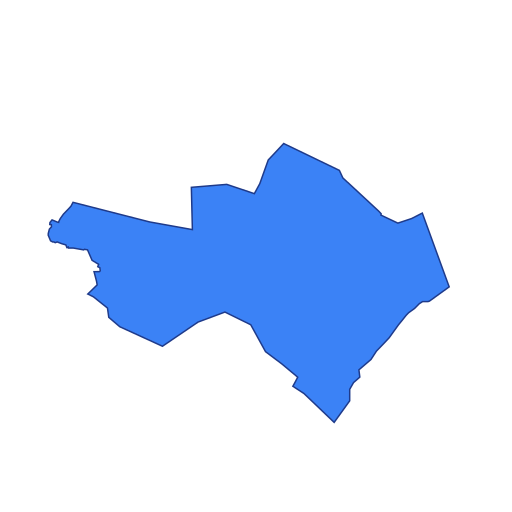 Santiago Tillo, Oaxaca, Mexico, rotated 224°
{"feature_id": "50627088B22600736926563", "entity_name": "Santiago Tillo", "entity_type": "district", "adm_level": 2, "iso_a3": "MEX", "parent_name": "Mexico", "parent_adm1": "Oaxaca", "projection": "albers", "projection_center": [-97.308, 17.467], "detail": "fine", "context": "isolated", "style": "filled", "palette": "blue", "viewbox_px": 512, "rotation_deg": 224, "n_neighbors": 0, "source": "geoboundaries", "source_scale": "gbopen_adm2", "svg_char_len": 1316}
<svg xmlns="http://www.w3.org/2000/svg" viewBox="0 0 512 512"><g transform="rotate(224 256 256)"><path d="M166.2,402.4L170.1,391.0L176.8,378.2L194.5,372.2L195.3,373.3L198.8,373.5L238.8,372.7L240.9,372.7L241.2,372.6L247.8,372.5L255.5,375.5L312.8,356.6L314.2,356.2L313.9,333.6L303.5,310.6L300.5,299.7L326.8,287.2L350.2,260.5L320.1,230.8L356.2,206.6L424.9,167.5L423.7,163.3L423.6,159.8L423.6,152.4L422.8,147.0L421.6,143.1L421.4,143.0L421.7,142.7L427.8,140.3L427.5,137.0L426.2,135.4L425.0,136.4L423.4,134.9L423.3,131.8L421.1,127.9L419.9,126.6L414.3,124.2L411.9,124.9L411.2,125.7L409.7,126.1L408.8,128.0L404.3,129.9L400.5,131.9L397.9,130.7L397.3,132.0L396.5,131.4L393.1,134.7L384.2,140.7L384.1,141.6L381.5,143.4L370.9,139.0L363.4,140.7L362.4,138.4L360.2,139.1L357.8,137.2L357.7,136.1L361.6,132.2L353.4,127.2L350.2,124.9L350.6,111.8L344.6,113.7L326.7,115.4L319.3,109.6L304.8,110.5L260.6,126.1L251.8,168.2L239.4,194.1L212.0,202.9L182.7,193.8L162.6,196.3L141.8,197.8L140.1,192.0L139.0,187.9L125.9,190.4L84.2,190.6L88.0,216.9L96.0,225.2L97.9,232.7L97.2,241.0L102.9,245.6L101.4,261.4L103.3,271.3L103.3,280.2L103.3,281.5L103.4,289.6L105.7,305.4L106.2,311.5L106.8,317.7L106.8,321.2L105.5,328.5L105.4,335.2L104.5,338.9L100.6,342.7L99.9,344.0L95.6,368.0L166.2,402.4Z" fill="#3b82f6" stroke="#1e3a8a" stroke-width="1.5"/></g></svg>